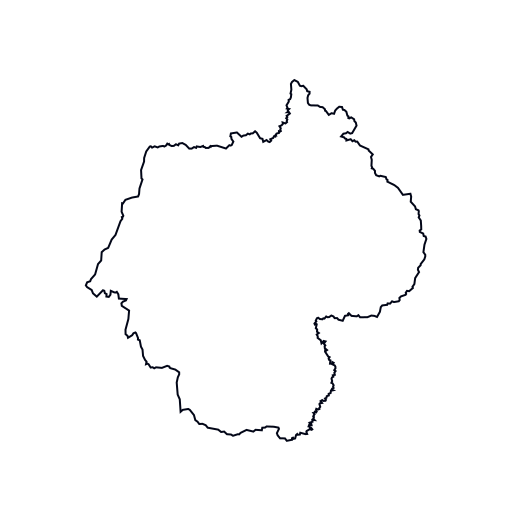 Si Satchanalai, Sukhothai, Thailand, rotated 123°
{"feature_id": "78962969B22677252120762", "entity_name": "Si Satchanalai", "entity_type": "district", "adm_level": 2, "iso_a3": "THA", "parent_name": "Thailand", "parent_adm1": "Sukhothai", "projection": "albers", "projection_center": [99.746, 17.588], "detail": "fine", "context": "isolated", "style": "outline", "palette": "ink", "viewbox_px": 512, "rotation_deg": 123, "n_neighbors": 0, "source": "geoboundaries", "source_scale": "gbopen_adm2", "svg_char_len": 6125}
<svg xmlns="http://www.w3.org/2000/svg" viewBox="0 0 512 512"><g transform="rotate(123 256 256)"><path d="M377.4,116.2L376.1,118.0L375.2,118.2L372.0,116.6L371.5,114.7L370.7,114.4L370.0,116.5L370.5,117.6L369.8,118.3L370.2,119.1L367.9,119.6L368.2,118.4L367.6,117.3L366.3,118.6L366.3,120.0L364.2,118.3L362.8,119.5L361.7,117.5L361.3,119.4L360.1,119.4L359.5,120.5L358.7,120.3L358.3,120.9L356.9,120.7L356.4,122.1L356.1,121.6L354.7,121.9L354.4,119.6L354.1,120.9L353.3,120.5L352.4,121.9L351.3,122.2L350.9,120.3L349.8,119.5L349.2,120.1L347.5,120.0L345.6,122.2L344.8,122.2L343.3,120.6L342.5,122.8L340.8,122.0L340.8,120.5L339.6,118.9L338.6,119.0L337.9,120.5L336.6,119.7L335.0,120.3L333.3,119.0L332.0,120.0L330.3,118.8L328.2,119.8L326.6,118.2L326.8,119.8L325.7,119.9L324.4,119.1L323.4,120.3L322.1,120.5L321.1,122.5L321.3,123.7L319.4,124.0L317.8,125.8L316.5,126.1L315.1,125.4L314.2,126.6L312.7,125.2L311.3,126.7L309.2,126.6L309.1,128.2L306.9,128.2L305.5,129.2L304.9,130.4L305.2,132.7L303.3,132.7L303.4,134.1L304.8,133.5L306.0,135.3L303.0,136.8L303.3,138.1L302.5,139.2L300.8,139.2L301.0,140.6L298.6,146.0L297.1,146.8L297.0,145.5L296.2,145.2L295.9,148.0L294.3,149.3L293.2,149.2L292.6,151.4L289.8,151.2L290.4,153.0L293.6,153.5L291.4,155.8L291.1,159.7L289.7,160.5L288.8,162.3L286.4,161.4L286.3,163.6L284.3,164.7L284.0,166.5L280.2,167.9L280.2,168.6L281.4,169.3L280.8,170.2L278.0,169.8L277.6,170.7L275.0,171.0L273.9,170.2L274.1,168.2L272.9,165.8L271.6,165.6L271.2,164.5L268.5,164.2L268.4,162.7L267.4,161.4L264.9,160.4L264.5,158.1L265.3,156.2L263.9,154.1L264.5,152.1L263.1,148.0L257.7,148.8L255.5,146.4L254.4,147.3L253.4,147.0L254.2,143.3L251.7,138.6L249.9,137.9L250.7,135.3L246.6,129.2L243.1,126.8L241.7,124.0L241.2,121.3L235.3,121.7L230.9,123.5L228.7,123.2L225.5,119.4L224.1,119.8L222.9,117.6L219.9,117.2L219.5,115.2L216.2,111.6L214.7,111.5L213.1,112.9L210.9,112.4L207.1,109.4L206.0,109.4L205.3,110.4L203.0,110.4L202.1,108.4L197.4,107.0L196.6,108.0L193.3,107.9L187.8,110.5L180.7,110.5L179.4,112.7L177.5,113.6L174.1,112.9L173.0,113.5L167.2,113.0L164.2,113.8L162.8,114.7L161.6,117.7L154.7,120.9L148.9,122.4L147.3,124.4L147.9,126.2L146.1,128.0L146.6,131.7L145.5,132.6L143.7,131.9L140.9,133.8L136.5,137.1L135.0,140.6L133.0,141.0L132.3,142.5L129.7,143.9L129.2,144.7L129.7,147.4L127.8,149.6L126.2,155.8L121.7,158.2L119.7,160.4L124.7,166.1L121.5,174.1L121.2,178.6L122.1,186.3L120.6,187.1L120.6,188.3L119.1,190.2L121.0,195.4L122.1,196.0L122.8,199.2L121.5,201.5L119.8,202.6L119.0,205.1L119.4,206.6L118.5,206.8L117.5,208.3L112.3,211.3L110.3,213.5L107.2,213.4L106.2,218.9L105.3,219.8L106.7,229.0L104.9,233.4L105.9,234.8L105.4,236.6L107.2,237.6L106.5,240.2L109.9,243.1L108.6,244.0L109.0,245.5L108.5,246.7L109.4,249.7L105.8,249.3L104.1,247.4L102.1,246.7L102.0,243.6L100.6,242.3L91.9,242.7L89.7,245.0L89.3,246.9L87.9,248.2L87.9,251.7L89.8,252.7L90.0,253.7L88.6,254.4L88.5,255.8L85.8,258.8L85.4,261.3L86.0,262.8L84.2,265.0L85.5,267.5L88.3,268.4L90.9,268.8L94.2,268.0L95.1,270.4L98.0,271.8L96.3,276.3L96.5,277.2L95.4,278.1L94.9,281.2L96.1,283.5L96.1,286.2L99.7,291.8L100.2,293.7L99.4,295.8L95.4,298.9L92.8,299.8L90.7,299.5L89.1,300.5L89.9,302.8L88.6,304.3L87.5,309.1L88.8,310.3L89.3,311.9L87.2,315.8L87.6,319.7L90.5,320.6L92.7,320.4L97.3,316.9L101.0,315.5L101.1,314.5L104.1,313.1L105.9,312.8L107.3,313.7L108.7,312.6L113.0,312.5L114.5,310.4L115.5,310.4L114.7,308.3L116.5,308.7L117.4,307.7L118.3,308.0L117.4,306.7L118.1,305.2L121.8,306.6L122.4,305.4L124.0,305.7L124.4,304.1L126.3,303.7L126.8,302.9L128.8,303.5L129.5,306.4L130.6,305.4L132.5,305.7L134.4,307.0L135.4,304.8L136.8,304.5L137.7,303.2L138.6,303.6L138.9,304.7L140.3,303.8L142.1,305.4L143.7,305.5L144.2,304.7L144.8,305.4L145.4,305.0L145.8,306.1L147.7,305.9L150.3,307.6L151.0,306.1L153.0,306.6L153.4,308.0L153.0,310.3L156.3,312.1L154.2,314.4L155.0,316.7L152.2,322.5L151.9,324.7L154.9,325.5L156.1,327.1L157.4,327.5L157.8,329.5L160.2,330.2L161.9,332.2L163.9,333.1L162.8,339.3L166.9,343.8L169.6,342.7L169.6,341.6L171.2,340.3L172.4,337.3L176.2,336.8L177.2,337.4L177.6,338.7L182.2,339.7L184.7,348.8L188.2,353.4L188.9,353.4L188.7,354.1L191.2,354.6L192.8,357.1L192.5,358.3L193.1,359.5L192.5,360.3L194.9,362.0L196.4,365.4L197.9,365.1L198.4,367.3L200.9,368.4L202.3,370.5L201.1,375.4L201.4,379.3L203.6,381.7L205.5,381.5L205.9,384.0L208.4,384.9L209.7,386.6L210.0,388.9L209.4,390.0L210.2,390.4L210.1,391.6L212.4,391.6L214.1,392.5L214.3,393.9L216.8,396.7L218.5,397.6L219.2,400.7L221.7,402.2L221.3,404.0L222.1,404.7L228.1,405.0L234.7,403.2L237.8,401.3L246.5,399.2L253.3,394.3L253.6,392.9L262.8,390.5L267.8,387.8L270.3,387.3L274.5,391.8L280.0,396.1L284.5,396.2L284.7,397.0L292.1,392.8L294.5,389.2L295.5,389.0L296.4,389.7L297.6,388.4L300.6,388.6L314.9,385.3L320.8,386.0L329.7,384.4L333.0,386.5L336.8,387.5L344.1,383.4L348.8,384.1L359.1,380.9L365.3,381.8L367.5,381.3L370.0,383.3L373.3,382.7L374.1,380.7L374.0,375.3L376.1,372.4L376.8,367.4L368.1,365.7L367.8,364.3L369.5,362.5L369.3,360.6L371.5,359.4L370.5,357.2L367.8,357.0L364.3,358.8L363.7,355.0L363.0,353.7L361.9,353.2L363.1,350.6L366.4,347.8L362.6,341.1L364.1,340.9L366.7,342.7L369.0,343.1L370.9,341.4L370.9,332.7L378.4,328.7L388.9,325.3L392.6,322.8L392.9,320.3L394.3,318.8L389.9,316.7L387.5,316.7L385.8,315.5L386.0,314.6L389.1,310.2L390.4,309.5L390.0,307.6L394.7,303.1L396.3,300.2L401.3,296.3L403.6,292.4L404.2,290.3L406.6,289.3L405.4,288.5L405.3,287.1L406.9,283.6L405.6,282.1L405.6,280.2L403.8,279.2L401.1,274.0L396.5,270.7L395.9,268.5L396.7,267.5L396.6,266.4L395.2,261.8L395.4,257.1L397.0,256.0L400.3,255.5L405.3,253.6L414.9,246.2L417.7,241.9L427.7,234.4L424.9,233.6L421.2,229.5L421.1,227.7L423.2,221.4L426.7,217.5L426.8,214.8L427.8,212.1L425.9,209.5L425.3,206.0L426.3,203.0L422.2,193.1L422.6,189.4L420.6,187.1L421.3,183.3L419.3,179.7L419.3,177.4L415.4,174.2L414.8,173.0L412.7,172.6L407.0,169.2L404.7,162.6L402.0,161.7L399.0,156.2L396.6,157.2L394.9,154.9L393.2,154.3L389.5,148.1L387.7,143.7L388.5,142.6L393.2,142.0L394.6,140.2L395.8,136.5L393.2,132.4L394.2,129.5L390.5,125.7L389.2,126.6L388.2,126.0L388.8,124.8L387.7,123.8L384.3,124.9L382.9,124.5L383.3,123.8L381.9,122.0L380.1,122.6L378.4,117.4L377.4,116.2Z" fill="none" stroke="#020617" stroke-width="2"/></g></svg>